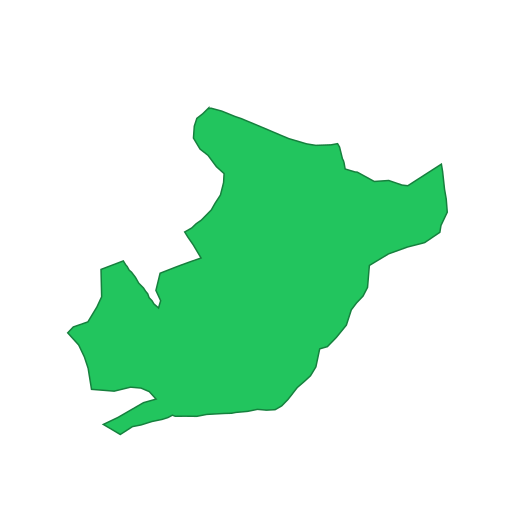 outline of Ohafia, Abia, Nigeria, rotated 79°
{"feature_id": "59680162B76876152340896", "entity_name": "Ohafia", "entity_type": "district", "adm_level": 2, "iso_a3": "NGA", "parent_name": "Nigeria", "parent_adm1": "Abia", "projection": "natural_earth1", "projection_center": [7.789, 5.658], "detail": "fine", "context": "isolated", "style": "filled", "palette": "green", "viewbox_px": 512, "rotation_deg": 79, "n_neighbors": 0, "source": "geoboundaries", "source_scale": "gbopen_adm2", "svg_char_len": 1910}
<svg xmlns="http://www.w3.org/2000/svg" viewBox="0 0 512 512"><g transform="rotate(79 256 256)"><path d="M380.5,222.2L376.3,218.4L359.3,211.2L358.6,203.2L351.2,192.6L341.1,180.5L327.0,172.7L321.2,166.2L315.8,158.6L308.1,152.5L291.4,147.8L286.9,146.5L284.8,140.8L279.2,125.5L276.1,105.7L275.2,90.2L275.0,87.8L267.8,71.0L261.3,68.6L249.5,59.9L236.4,58.4L226.4,58.2L208.6,56.7L201.2,56.5L211.4,82.1L216.0,93.6L214.2,99.2L207.2,111.3L205.4,125.7L193.0,140.6L192.4,142.8L187.6,151.9L181.4,151.8L179.1,152.0L177.1,152.6L165.0,153.2L161.3,154.5L161.2,161.2L159.6,171.2L158.8,176.2L155.6,184.9L147.1,201.3L141.9,209.1L135.2,219.0L125.8,233.0L121.1,240.1L120.1,241.6L119.4,242.6L118.4,244.1L115.1,249.9L107.2,262.0L102.3,272.0L102.3,274.1L101.5,274.0L103.4,276.9L106.2,281.1L109.6,287.8L116.8,291.8L128.3,294.9L140.4,290.5L148.0,283.9L160.8,277.8L169.0,271.6L177.7,273.8L181.6,275.6L189.4,279.3L196.1,285.8L199.1,288.4L202.3,291.1L210.4,302.9L212.8,308.4L216.2,313.7L218.8,321.4L224.6,319.2L233.0,315.5L247.5,310.3L249.0,320.9L250.6,331.1L251.6,337.0L254.6,353.4L270.7,360.8L281.7,358.1L284.9,359.8L288.4,361.6L283.5,365.4L280.1,366.6L276.5,368.9L272.5,369.5L269.3,371.2L266.0,372.5L260.3,376.3L254.0,378.4L248.1,381.3L245.7,383.2L241.7,384.5L239.8,385.6L235.5,387.2L239.6,410.7L266.6,415.3L275.7,421.9L288.6,433.6L290.8,448.9L295.5,455.5L309.6,447.0L322.4,443.7L334.2,442.2L355.5,442.9L361.6,421.0L360.8,404.2L363.7,394.1L368.8,386.6L377.4,381.4L378.5,394.4L388.1,422.2L392.2,438.0L405.3,423.3L399.9,409.8L399.9,401.1L398.6,389.6L398.5,379.4L397.8,373.3L396.3,368.4L397.9,365.9L399.7,356.3L401.2,348.9L402.1,344.7L402.1,336.7L402.1,334.6L403.3,325.9L404.5,317.2L405.7,309.9L405.7,305.6L406.9,294.0L406.9,291.1L406.8,283.9L408.3,278.6L409.3,275.2L410.5,266.5L408.0,259.3L403.0,252.1L398.0,246.3L397.8,246.1L393.0,240.6L388.0,231.9L384.0,225.4L380.5,222.2Z" fill="#22c55e" stroke="#15803d" stroke-width="1.5"/></g></svg>